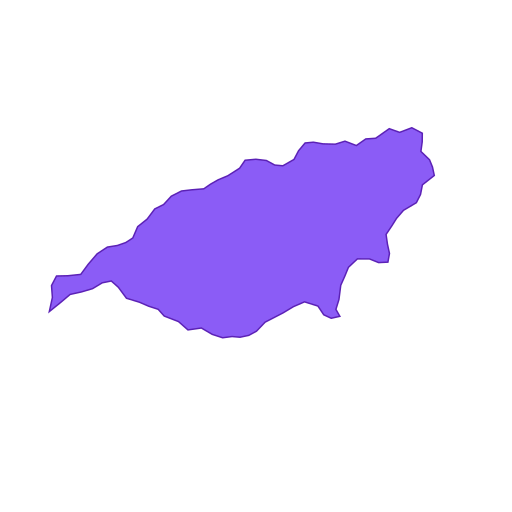 outline of Osasco, São Paulo, Brazil, rotated 59°
{"feature_id": "56859067B92570166670782", "entity_name": "Osasco", "entity_type": "district", "adm_level": 2, "iso_a3": "BRA", "parent_name": "Brazil", "parent_adm1": "São Paulo", "projection": "mercator", "projection_center": [-46.791, -23.535], "detail": "fine", "context": "isolated", "style": "filled", "palette": "violet", "viewbox_px": 512, "rotation_deg": 59, "n_neighbors": 0, "source": "geoboundaries", "source_scale": "gbopen_adm2", "svg_char_len": 1309}
<svg xmlns="http://www.w3.org/2000/svg" viewBox="0 0 512 512"><g transform="rotate(59 256 256)"><path d="M168.3,216.0L172.3,224.8L172.7,238.8L171.2,249.1L171.0,257.8L171.5,266.2L166.3,276.7L161.9,286.4L161.1,297.8L164.3,308.7L163.5,318.5L168.3,330.3L169.9,342.3L177.1,352.3L177.4,360.7L175.6,369.4L171.8,378.8L172.3,391.0L176.7,404.2L181.5,415.7L176.0,427.5L170.4,437.3L176.0,446.5L186.7,451.9L197.2,461.8L195.2,447.4L193.2,435.1L196.9,424.1L199.8,412.9L199.8,401.6L202.9,392.9L211.9,390.1L225.5,388.8L235.6,379.7L243.7,373.9L251.3,367.3L260.2,365.6L272.3,356.2L284.3,352.4L289.6,339.9L300.6,333.9L308.9,326.7L312.7,318.0L317.4,311.5L320.3,303.1L320.7,294.3L317.4,282.3L318.7,262.1L318.7,249.9L320.3,238.0L330.8,228.7L341.3,228.2L348.1,223.6L350.9,215.2L342.9,215.0L336.0,207.3L324.7,198.4L319.2,190.5L313.3,182.6L310.7,170.6L317.0,160.2L324.8,154.3L329.2,146.1L322.6,140.3L313.5,137.2L304.5,133.4L300.1,124.0L296.1,116.1L292.8,106.0L292.9,91.1L288.0,83.3L280.7,76.7L278.8,61.7L270.6,58.9L262.9,57.7L251.3,60.8L243.7,54.7L236.4,50.2L226.3,56.4L224.0,69.2L215.5,76.2L216.7,92.8L212.2,101.6L213.0,113.1L203.4,120.6L201.0,130.4L194.4,140.8L188.0,148.2L184.4,155.7L187.7,165.3L192.8,173.7L192.5,186.5L187.7,193.1L179.5,197.9L173.0,206.3L168.3,216.0Z" fill="#8b5cf6" stroke="#5b21b6" stroke-width="1.5"/></g></svg>